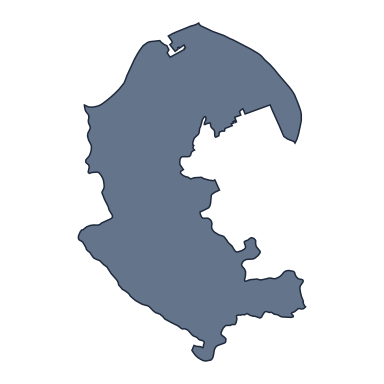 the district of Hoa Lu, Ninh Bình, Vietnam
{"feature_id": "81297802B36566531846362", "entity_name": "Hoa Lu", "entity_type": "district", "adm_level": 2, "iso_a3": "VNM", "parent_name": "Vietnam", "parent_adm1": "Ninh Bình", "projection": "orthographic", "projection_center": [105.938, 20.25], "detail": "fine", "context": "isolated", "style": "filled", "palette": "slate", "viewbox_px": 384, "rotation_deg": 0, "n_neighbors": 0, "source": "geoboundaries", "source_scale": "gbopen_adm2", "svg_char_len": 6005}
<svg xmlns="http://www.w3.org/2000/svg" viewBox="0 0 384 384"><path d="M81.6,230.0L80.2,231.9L78.6,235.6L78.4,237.0L78.4,238.4L78.8,239.4L79.5,240.1L82.0,241.5L82.8,242.2L85.1,246.1L85.8,247.4L86.4,249.3L87.4,250.6L89.9,252.5L92.6,256.6L93.9,258.1L97.4,259.8L98.8,260.2L100.3,261.1L103.4,264.4L106.9,266.9L111.2,273.6L116.9,280.1L118.1,282.3L118.7,284.9L119.3,285.7L120.6,287.1L122.3,289.3L125.5,291.1L128.8,293.7L130.6,296.4L135.3,300.4L141.4,303.9L143.0,304.5L147.4,305.7L149.1,306.5L153.0,310.6L155.4,312.5L160.5,314.4L161.0,315.2L162.6,316.3L164.8,319.0L170.7,322.2L178.1,325.9L181.5,328.6L182.4,328.9L185.0,328.8L187.9,330.1L192.0,334.8L193.5,336.0L195.7,336.8L197.4,337.8L198.7,339.3L199.4,339.8L202.5,340.6L203.4,341.1L203.9,341.6L204.3,342.8L203.5,344.9L203.4,346.5L203.1,347.5L202.8,347.7L200.4,346.6L196.6,346.4L194.0,345.4L191.9,350.4L193.6,352.9L195.5,355.4L197.8,357.5L200.6,359.3L203.2,360.6L205.8,361.0L210.7,360.1L211.5,359.6L212.8,357.7L213.6,354.5L214.2,350.6L215.0,348.3L215.9,346.9L217.6,345.5L224.3,343.1L225.1,342.6L225.6,341.9L225.8,340.8L225.9,338.8L224.3,337.1L221.9,335.3L221.0,333.9L221.0,333.2L221.8,330.9L223.2,328.1L225.4,325.8L226.1,325.5L230.0,325.4L232.2,324.5L234.2,324.6L235.0,324.4L236.0,323.0L236.7,320.1L236.9,318.7L236.6,317.6L236.5,315.9L236.9,315.5L238.6,315.0L240.5,315.2L241.9,314.7L243.0,314.6L244.0,314.8L245.0,314.7L246.3,313.8L247.5,313.6L247.9,314.1L250.4,315.4L253.1,316.2L255.2,316.3L259.5,317.9L260.6,317.8L261.5,317.2L263.0,314.4L264.5,312.2L265.4,311.7L266.1,311.6L266.8,311.6L269.2,312.5L270.9,312.3L271.8,312.4L274.0,314.1L277.8,314.8L280.6,316.5L282.0,316.9L291.1,317.4L293.1,316.9L293.3,316.7L293.4,316.1L292.9,315.3L291.8,314.2L291.5,313.7L291.5,313.2L292.0,312.7L294.6,311.7L295.7,310.8L297.8,309.0L298.4,308.7L299.3,308.5L301.0,309.0L302.9,308.9L304.2,308.2L305.6,306.8L304.6,305.9L303.6,304.0L303.2,302.8L303.2,302.1L303.4,301.7L303.0,300.4L301.4,296.3L300.5,292.5L300.1,289.9L299.9,288.4L300.0,286.8L300.7,285.3L303.0,282.0L303.2,280.8L302.8,280.0L301.9,279.5L298.6,278.9L296.8,277.4L295.3,275.1L294.7,272.8L294.3,272.1L293.8,271.7L293.2,271.3L289.1,270.5L287.6,270.6L286.2,270.9L285.1,271.4L283.8,272.3L281.8,274.8L279.8,276.6L277.1,278.0L275.6,278.6L274.8,278.7L273.2,278.6L270.9,278.1L268.9,278.1L265.5,279.0L261.3,279.9L259.4,279.8L257.5,279.1L256.7,279.1L250.9,279.6L248.7,280.1L246.5,281.0L245.3,281.2L244.7,281.0L244.6,279.4L245.1,277.5L245.5,275.3L245.6,271.6L244.5,269.0L242.4,266.7L241.8,265.6L241.6,264.4L241.7,263.9L243.0,261.6L243.8,260.7L246.5,259.4L252.8,259.0L254.6,258.4L257.1,256.4L258.7,254.8L260.0,252.9L260.2,251.8L259.9,251.0L256.5,246.9L255.9,245.3L255.6,243.1L255.7,240.8L255.5,240.2L254.1,238.6L253.0,238.1L251.6,237.7L250.3,238.1L247.8,240.1L244.9,241.2L244.3,241.8L244.3,242.6L245.5,246.3L245.6,247.1L245.4,247.9L245.0,248.4L244.3,249.2L241.6,250.7L237.4,252.0L236.2,251.8L234.9,250.8L231.9,245.9L228.4,242.8L226.8,240.3L224.2,236.9L223.6,236.4L222.6,236.0L218.6,234.7L214.7,232.3L213.6,231.3L212.9,230.5L212.2,229.2L211.7,227.9L211.6,226.5L212.0,223.6L211.4,221.3L210.5,220.0L209.8,219.3L208.2,218.3L207.3,218.1L203.7,218.3L203.0,218.2L202.4,217.8L201.5,217.0L200.5,214.6L200.1,213.3L200.1,211.8L201.3,211.5L208.7,207.8L209.7,206.3L210.5,203.8L211.3,195.4L211.8,194.4L214.8,192.3L219.5,190.1L217.7,186.3L215.4,181.0L214.8,179.9L213.5,180.7L209.0,180.1L203.7,178.6L201.5,177.3L194.4,177.7L191.9,178.5L191.3,178.9L190.7,178.9L187.8,177.1L186.0,176.8L184.1,176.0L182.2,174.9L180.6,173.2L180.5,171.9L180.7,171.4L183.4,169.6L179.9,164.5L179.8,162.0L180.0,159.5L180.7,157.9L181.6,157.0L182.1,156.7L187.8,156.7L189.5,156.4L190.6,155.2L191.0,153.5L191.8,151.8L192.7,151.0L194.5,150.1L193.1,148.4L193.0,147.6L193.2,146.6L193.8,145.4L192.7,144.7L192.7,143.6L193.0,141.9L193.6,139.8L194.4,138.0L198.1,134.5L198.8,133.5L199.3,131.4L199.6,128.7L200.6,126.4L202.4,119.7L204.2,117.0L205.1,116.6L205.6,116.9L206.0,118.2L205.6,120.4L204.5,122.8L204.3,124.5L205.1,124.5L207.0,123.6L209.5,123.0L210.3,123.1L210.6,125.3L211.0,126.8L212.1,128.3L214.3,130.3L214.6,131.8L214.8,135.7L215.0,136.5L215.4,137.0L215.8,137.2L218.7,135.8L219.0,135.1L219.2,132.6L219.8,132.0L222.0,131.1L224.4,131.1L224.7,130.6L224.9,128.5L232.2,125.7L231.3,123.7L233.5,123.1L233.0,121.7L234.5,120.9L235.2,122.5L236.5,121.8L234.7,117.3L240.8,115.1L239.5,111.6L241.0,110.0L243.0,108.8L245.1,114.0L270.1,104.9L272.4,110.5L278.9,124.9L283.8,136.4L287.5,139.0L293.9,141.5L295.0,143.1L296.8,139.5L298.4,134.5L300.6,124.2L301.3,120.3L301.3,116.7L301.3,114.4L300.5,110.3L298.3,104.1L294.5,94.7L291.7,90.3L289.5,87.4L278.5,74.6L274.5,69.6L270.1,64.7L264.6,59.7L261.4,56.0L258.4,53.6L250.6,49.0L233.3,40.0L229.9,38.6L223.9,35.5L212.8,31.5L201.8,26.3L200.3,25.5L199.1,24.0L198.7,23.0L196.6,24.2L194.2,25.2L191.0,26.0L176.2,32.0L172.6,33.6L168.3,36.0L171.9,41.2L172.2,42.1L171.9,43.0L169.9,44.7L175.1,51.4L178.0,49.2L177.7,47.9L178.8,47.2L179.5,48.2L184.0,45.0L185.5,47.8L184.2,48.4L184.3,49.5L170.1,57.2L167.1,52.8L168.9,49.8L166.8,45.7L164.1,44.5L161.3,42.3L159.8,40.6L149.7,41.7L147.4,42.6L143.1,45.7L139.9,50.0L137.8,53.3L134.6,59.0L126.9,75.7L125.0,80.9L124.0,83.1L119.1,89.2L114.6,93.7L110.5,97.4L105.8,101.2L102.3,103.8L99.7,105.3L97.7,106.1L93.0,107.1L89.6,107.1L87.9,106.7L84.4,105.0L84.4,106.1L85.3,110.1L85.9,111.5L87.9,114.1L88.5,115.1L88.8,116.0L88.8,118.1L88.4,119.8L88.3,121.5L88.7,123.5L89.8,125.7L90.2,127.1L90.2,128.2L89.8,129.4L88.0,132.9L87.6,134.8L87.6,136.5L88.6,140.1L90.9,144.6L91.4,146.1L91.4,147.7L91.1,150.7L90.3,153.5L89.1,156.2L85.9,159.9L85.7,161.9L86.2,162.8L87.2,163.7L88.6,164.8L89.1,166.0L89.1,167.6L88.2,171.7L88.3,172.5L89.3,173.4L92.0,172.5L97.0,172.1L97.9,172.2L98.8,172.7L100.7,174.8L102.4,177.6L103.4,180.1L104.0,184.0L104.2,186.7L103.8,188.5L102.0,192.1L102.0,192.9L104.6,199.5L108.2,206.6L109.2,210.1L112.2,215.1L112.4,215.8L112.4,216.6L112.4,217.4L111.2,218.6L101.8,222.9L99.6,224.6L98.8,224.9L97.6,225.1L93.3,225.0L90.1,225.5L86.7,226.8L84.0,228.9L83.2,229.8L81.6,230.0Z" fill="#64748b" stroke="#1e293b" stroke-width="1.5"/></svg>